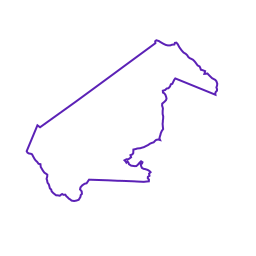 Cantanhede, Maranhão, Brazil, rotated 324°
{"feature_id": "56859067B54342957503777", "entity_name": "Cantanhede", "entity_type": "district", "adm_level": 2, "iso_a3": "BRA", "parent_name": "Brazil", "parent_adm1": "Maranhão", "projection": "albers", "projection_center": [-44.24, -3.65], "detail": "fine", "context": "isolated", "style": "outline", "palette": "violet", "viewbox_px": 256, "rotation_deg": 324, "n_neighbors": 0, "source": "geoboundaries", "source_scale": "gbopen_adm2", "svg_char_len": 2580}
<svg xmlns="http://www.w3.org/2000/svg" viewBox="0 0 256 256"><g transform="rotate(324 128 128)"><path d="M200.0,75.5L160.0,75.7L147.5,75.8L127.4,75.9L100.9,76.0L57.3,75.7L56.3,72.6L32.4,87.2L32.2,88.8L32.8,90.3L34.3,91.8L34.9,92.9L34.6,94.8L34.2,98.1L34.2,99.9L34.6,102.0L34.6,104.4L35.9,105.8L34.5,108.2L34.3,110.5L34.1,112.3L34.1,115.0L34.7,116.5L35.3,118.3L34.2,119.7L32.2,121.3L31.8,122.8L31.1,124.1L30.7,125.3L30.8,127.0L30.4,128.2L29.3,131.0L29.7,132.6L29.0,134.4L29.3,136.7L29.9,138.9L30.3,140.2L31.5,141.1L33.0,142.7L34.5,142.6L35.9,142.7L36.5,144.1L38.1,145.1L38.0,147.0L38.4,148.5L38.6,150.3L39.2,151.7L39.7,153.6L41.5,155.4L43.6,156.4L45.9,157.1L47.8,156.3L49.0,155.8L50.3,154.5L52.0,154.2L53.3,152.0L53.1,149.5L54.7,148.1L57.3,147.5L60.1,147.6L62.0,148.4L66.1,146.9L81.5,158.9L88.7,164.7L91.1,166.5L93.7,168.5L101.8,174.9L103.7,176.5L109.2,180.9L111.2,182.0L113.5,183.4L114.6,182.1L114.5,180.2L115.4,179.2L117.3,179.3L118.2,177.3L120.3,177.0L120.1,175.5L119.3,173.5L117.7,171.3L116.6,170.2L115.8,168.4L116.3,166.4L117.0,164.6L118.4,165.0L119.6,164.2L119.0,162.6L116.8,162.9L114.4,163.5L112.4,163.7L111.0,162.8L109.9,161.7L108.4,160.3L107.5,157.8L108.0,156.3L107.9,154.8L106.3,155.1L106.4,153.6L106.2,152.1L108.4,152.4L109.9,153.5L111.4,153.5L113.3,153.5L114.0,151.4L116.1,151.9L117.5,151.4L118.6,150.0L119.7,148.6L122.0,149.6L123.4,150.0L126.1,151.6L127.7,152.1L129.5,152.8L131.4,153.1L134.4,153.6L136.5,153.6L138.3,154.0L140.4,154.7L142.1,154.3L143.9,154.2L145.7,155.1L146.9,156.6L147.3,154.9L148.8,153.6L150.2,152.6L151.3,151.6L153.5,150.3L155.8,149.5L156.9,147.5L157.7,146.2L158.4,145.0L159.7,143.6L160.8,142.2L162.0,141.0L163.3,139.3L164.2,137.1L165.0,136.0L166.2,134.4L167.6,132.9L168.2,131.6L168.7,130.0L170.0,128.4L173.0,128.2L175.1,127.8L176.4,126.9L177.1,125.4L177.8,123.0L177.7,121.1L177.1,119.9L178.1,118.3L180.3,119.1L182.5,118.8L184.1,119.6L186.4,119.1L188.4,117.8L189.8,118.3L192.2,117.0L193.7,116.2L195.4,115.7L218.3,152.5L219.0,151.2L220.2,150.4L221.9,150.1L222.8,149.0L223.4,147.1L224.9,146.1L226.2,144.7L227.0,142.2L226.9,140.4L225.3,137.1L224.8,134.3L224.5,132.3L224.3,130.6L222.9,129.9L221.6,129.1L222.8,128.2L223.8,127.3L222.3,125.0L221.2,123.7L221.7,122.3L222.1,120.3L221.1,118.3L221.1,116.8L221.1,114.2L221.0,112.9L220.7,111.0L219.8,109.2L218.9,107.6L218.5,105.7L218.7,104.1L218.3,101.9L217.3,99.6L217.0,96.8L217.0,93.1L217.2,91.4L217.5,89.5L217.3,87.4L216.0,86.7L214.6,87.7L212.6,86.5L210.7,86.0L208.7,84.5L207.4,83.0L206.1,80.6L204.6,77.2L204.1,75.8L202.5,73.7L201.0,73.8L200.0,75.5Z" fill="none" stroke="#5b21b6" stroke-width="2"/></g></svg>